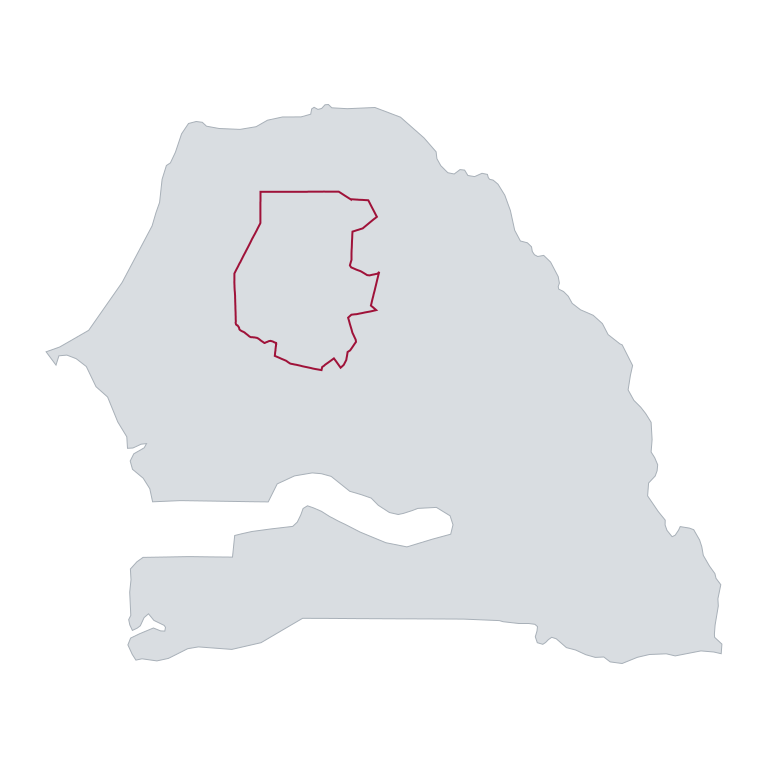 Linguere, Louga, Senegal shown in context
{"feature_id": "50182788B14678638932037", "entity_name": "Linguere", "entity_type": "district", "adm_level": 2, "iso_a3": "SEN", "parent_name": "Senegal", "parent_adm1": "Louga", "projection": "natural_earth1", "projection_center": [-15.296, 15.307], "detail": "fine", "context": "in_parent", "style": "outline", "palette": "rose", "viewbox_px": 768, "rotation_deg": 0, "n_neighbors": 0, "source": "geoboundaries", "source_scale": "gbopen_adm2", "svg_char_len": 8436}
<svg xmlns="http://www.w3.org/2000/svg" viewBox="0 0 768 768"><path d="M622.2,344.9L632.6,365.5L630.4,375.4L628.1,389.9L633.9,400.4L640.8,407.3L645.7,413.6L651.1,422.3L652.1,439.6L651.1,452.0L654.7,457.7L657.7,464.8L657.1,470.8L655.2,476.0L648.6,483.0L647.6,495.9L658.3,511.6L665.2,520.1L665.1,525.0L667.0,530.4L672.1,536.7L675.2,535.2L678.6,530.1L680.2,526.6L689.4,528.1L693.7,529.7L699.6,540.0L701.8,546.8L703.3,555.4L709.5,566.1L714.9,573.6L716.0,578.3L720.8,584.7L717.9,598.8L718.3,606.0L715.1,625.0L714.4,634.0L714.6,637.3L721.9,644.1L721.2,653.7L713.8,652.0L700.9,650.9L675.2,655.9L666.3,653.8L649.4,654.5L637.4,657.3L622.1,663.5L610.2,661.9L603.8,657.0L595.3,657.4L585.8,654.7L575.6,650.0L566.4,647.6L556.3,638.8L551.7,637.3L548.4,639.6L545.6,642.5L542.8,644.3L537.3,642.7L535.3,636.8L537.0,631.0L537.5,626.6L534.9,624.3L528.8,623.5L518.9,623.5L503.1,621.7L499.4,620.6L463.8,619.1L427.0,618.9L395.7,618.8L356.2,618.6L328.5,618.4L302.6,618.3L282.6,630.0L261.0,642.7L231.8,649.4L198.4,646.9L187.7,648.7L176.6,654.3L168.4,658.4L156.9,660.9L142.0,658.8L135.9,660.1L132.2,654.3L127.9,644.9L130.6,638.1L139.7,633.7L153.4,628.0L160.6,630.9L164.8,631.1L165.5,627.4L164.2,625.4L153.9,620.4L148.5,613.8L144.1,617.6L140.3,625.8L137.1,628.2L132.4,630.4L129.8,624.9L128.7,619.6L130.8,615.4L129.7,592.2L131.0,579.8L130.4,569.0L136.9,561.8L143.0,557.4L166.9,557.0L189.2,556.6L210.6,556.9L232.5,557.1L234.7,535.5L241.6,533.8L251.9,531.5L271.2,528.9L292.7,526.4L297.3,522.1L300.8,514.9L303.1,508.5L307.5,505.8L313.5,507.9L321.4,511.3L329.6,516.5L338.9,521.4L345.2,524.4L360.2,532.1L385.8,542.7L406.9,546.9L432.3,539.2L450.7,534.2L453.0,524.8L450.1,515.8L436.4,507.4L417.8,508.4L412.1,510.6L403.4,513.4L398.2,514.5L389.4,512.5L378.3,505.3L371.2,498.1L361.4,494.7L349.8,491.3L331.2,476.4L321.4,473.7L312.2,472.9L294.5,475.9L277.2,483.9L268.2,501.9L250.9,501.7L214.1,501.1L180.4,500.6L152.6,501.8L149.8,488.7L143.2,478.2L132.5,469.3L130.2,461.0L133.8,453.8L144.2,447.8L146.5,443.6L141.1,444.2L132.9,448.0L127.5,448.3L126.8,436.8L117.8,422.0L107.6,397.0L96.0,386.7L86.3,366.5L76.2,358.7L66.9,355.1L58.9,355.8L56.0,365.1L46.1,351.8L59.7,347.0L88.7,330.3L122.1,282.5L152.1,225.9L156.0,212.6L159.6,202.4L162.1,179.3L166.4,165.5L170.4,162.9L175.4,152.3L181.6,133.8L188.5,123.5L196.2,121.5L202.3,122.3L206.5,126.2L219.1,128.5L240.0,129.4L256.1,126.7L267.5,120.2L282.4,117.0L301.0,116.9L310.7,114.2L311.7,108.9L314.1,107.3L317.9,109.4L321.6,108.5L325.0,104.8L328.4,104.5L331.8,107.8L347.3,108.7L374.9,107.5L400.5,117.2L424.0,137.9L436.1,151.8L436.9,158.7L440.8,165.7L447.8,172.7L454.2,174.0L460.0,169.6L464.6,170.1L467.9,175.5L474.6,176.6L482.0,173.3L487.4,174.4L488.3,177.6L489.6,179.3L493.1,180.1L498.0,184.2L504.8,195.2L510.4,210.6L514.7,230.3L520.4,241.0L527.4,242.8L531.5,246.8L532.3,251.5L534.4,254.7L537.7,256.5L543.7,255.4L550.6,262.1L558.2,276.6L559.4,283.1L558.2,286.6L558.7,289.1L563.6,291.6L568.3,296.3L572.2,303.4L580.5,309.8L593.2,315.3L602.4,323.6L608.1,334.6L619.8,343.8L622.2,344.9Z" fill="#d9dde1" stroke="#a8b0b8" stroke-width="1"/><path d="M260.5,201.2L260.4,202.2L260.4,203.9L260.4,205.7L260.4,209.3L260.4,212.7L260.4,216.2L260.4,219.7L260.4,222.0L260.4,222.4L260.4,222.7L260.4,222.8L260.3,223.3L259.1,225.6L258.5,226.8L258.3,227.1L258.2,227.4L257.6,228.5L256.7,230.4L256.2,231.3L254.8,234.0L253.5,236.3L253.2,236.9L252.9,237.6L252.5,238.1L252.0,239.1L251.0,241.2L249.2,244.8L247.4,248.3L245.6,251.7L245.6,251.8L243.6,255.5L241.8,259.1L240.8,261.1L240.6,261.5L240.4,262.0L239.9,262.7L239.9,262.8L239.2,264.0L238.1,266.3L236.2,269.9L234.4,273.5L234.4,275.1L234.4,276.7L234.4,278.3L234.4,278.6L234.4,281.1L234.3,282.2L234.4,282.5L234.4,283.5L234.4,284.0L234.5,285.4L234.5,286.9L234.6,288.7L234.6,288.8L234.6,289.0L234.7,290.5L234.9,292.6L235.0,294.7L235.1,295.9L235.1,298.0L235.2,299.9L235.2,301.4L235.3,303.7L235.3,304.9L235.4,305.8L235.4,308.2L235.5,310.6L235.6,313.0L235.6,314.9L235.7,316.8L235.7,318.1L235.7,319.4L235.8,320.6L235.8,321.9L235.6,322.6L235.8,323.6L236.0,324.3L236.2,324.5L236.4,324.9L236.9,325.2L237.3,325.3L237.4,325.5L237.7,325.6L237.9,325.9L238.1,326.2L238.3,326.5L238.5,326.8L238.7,327.0L238.8,327.3L239.0,327.6L239.1,327.9L239.2,328.2L239.2,328.6L239.3,328.9L239.4,329.3L239.6,329.6L239.8,329.8L240.2,330.1L240.6,330.4L240.9,330.6L241.2,330.8L241.6,331.0L242.0,331.2L242.5,331.5L243.4,331.8L243.9,332.1L244.5,332.5L244.9,332.7L245.4,333.3L245.8,333.5L246.6,334.2L247.2,334.6L247.8,335.1L248.6,335.8L249.2,336.3L250.0,336.8L250.3,336.9L250.7,337.1L250.9,337.1L251.1,337.2L251.3,337.2L251.5,337.2L252.0,337.2L252.6,337.2L252.9,337.2L253.2,337.3L253.4,337.4L253.7,337.4L254.0,337.4L254.3,337.4L254.6,337.4L254.8,337.4L255.2,337.6L255.4,337.6L255.8,337.7L256.1,337.7L256.6,337.8L256.8,337.9L257.1,337.9L257.3,338.1L257.5,338.2L257.9,338.4L258.1,338.4L258.3,338.6L258.6,338.8L258.9,339.0L259.2,339.2L259.7,339.6L259.9,339.8L260.2,340.0L260.5,340.3L261.1,340.7L261.5,341.0L261.8,341.2L262.2,341.5L262.6,341.7L263.0,342.0L263.4,342.3L263.7,342.5L264.2,342.8L264.4,343.0L264.7,343.0L264.9,342.9L265.1,342.8L265.3,342.7L265.7,342.5L266.1,342.3L266.5,342.1L266.9,342.0L267.2,341.9L267.5,341.8L267.7,341.7L268.0,341.5L268.3,341.4L268.5,341.3L268.8,341.2L269.0,341.1L269.4,341.0L269.7,341.0L270.0,341.0L270.2,340.9L270.4,340.9L270.6,340.9L270.8,341.0L271.1,341.0L271.5,341.1L271.8,341.2L272.1,341.3L272.3,341.4L272.5,341.4L272.7,341.5L273.0,341.6L273.3,341.7L273.6,341.9L273.9,342.1L274.3,342.3L274.7,342.4L275.2,342.7L275.4,342.8L275.7,342.8L276.1,342.9L276.2,343.1L276.2,343.4L276.2,343.8L276.1,344.0L276.2,344.4L276.0,344.7L276.0,345.0L276.0,345.4L276.0,346.0L275.8,346.5L275.8,346.9L275.7,347.5L275.7,348.1L275.6,348.5L275.5,349.0L275.5,349.6L275.5,350.3L275.4,350.8L275.3,351.4L275.2,352.1L275.1,352.8L275.1,353.1L274.8,355.9L277.2,356.9L279.5,357.9L281.7,358.9L283.9,359.8L286.2,360.8L288.1,362.2L290.1,363.5L291.1,363.8L292.8,364.1L294.6,364.5L296.4,364.8L298.1,365.2L299.5,365.5L300.8,365.8L302.2,366.2L303.6,366.5L305.0,366.8L306.5,367.1L308.9,367.6L310.8,368.0L312.7,368.5L314.7,368.9L315.7,369.1L316.4,369.2L318.1,369.5L319.8,369.8L321.5,370.1L322.2,367.0L324.1,365.7L325.0,364.8L328.0,362.7L330.9,360.6L333.9,358.4L336.2,361.5L338.4,364.6L340.6,367.7L342.1,366.4L343.8,364.8L344.6,363.2L345.5,361.5L346.3,359.9L346.6,357.9L347.0,355.9L347.3,354.0L347.6,352.0L350.1,350.4L351.6,348.3L353.1,346.1L354.5,344.0L356.0,341.9L355.7,339.7L354.6,337.4L353.5,335.0L352.4,332.7L351.6,329.7L350.7,326.7L349.8,323.7L349.0,320.7L348.1,317.7L348.4,317.4L351.4,314.7L353.1,314.5L354.8,314.3L356.5,314.2L359.3,313.6L362.0,313.1L364.7,312.5L367.4,312.0L370.2,311.5L372.9,310.9L374.0,310.6L375.1,310.4L376.2,310.1L373.7,307.9L370.9,305.6L371.5,303.2L371.8,301.8L372.7,298.1L373.2,296.3L373.6,294.4L374.6,290.7L375.5,286.9L375.7,286.1L375.9,285.3L376.4,283.2L377.3,279.4L378.2,275.8L378.5,274.4L378.9,273.1L379.2,271.9L377.6,273.7L375.9,274.0L374.2,274.4L372.5,274.7L369.6,275.4L367.1,275.1L364.2,273.3L361.7,271.8L360.4,271.1L359.0,270.6L357.6,270.1L356.3,269.6L353.1,268.2L351.2,267.4L349.9,265.4L350.0,264.9L350.4,263.6L350.9,261.8L351.5,259.9L351.5,257.8L351.5,255.6L351.5,253.4L351.6,250.3L351.8,247.2L351.9,244.1L352.0,241.0L352.2,237.9L352.3,234.7L352.5,231.6L354.5,231.0L356.6,230.3L358.6,229.7L360.7,229.0L362.7,228.4L365.1,226.4L367.4,224.5L369.8,222.5L372.1,220.6L373.7,219.3L375.3,218.1L376.9,216.8L375.9,215.0L374.0,211.3L372.1,207.7L370.2,204.0L369.3,202.2L368.3,200.3L367.4,200.2L365.4,200.1L363.8,200.0L363.7,200.0L362.5,199.9L359.6,199.8L357.8,199.7L357.4,199.6L356.6,199.6L353.7,199.4L350.8,199.2L350.8,199.4L349.9,198.8L349.2,198.4L347.8,197.5L344.8,195.6L341.9,193.7L338.8,191.7L337.5,191.7L337.1,191.7L335.9,191.7L332.9,191.7L329.9,191.7L327.0,191.7L325.8,191.7L324.6,191.6L323.4,191.6L322.3,191.7L320.6,191.7L319.0,191.7L317.3,191.7L315.6,191.7L314.0,191.7L312.3,191.7L311.3,191.7L310.6,191.7L309.8,191.7L308.9,191.7L308.0,191.7L307.9,191.7L307.2,191.8L306.0,191.8L305.9,191.8L305.6,191.8L303.9,191.8L302.2,191.8L300.6,191.8L298.9,191.8L297.2,191.8L295.5,191.8L293.9,191.8L292.2,191.8L290.5,191.8L288.8,191.8L287.2,191.8L285.5,191.8L283.8,191.8L282.1,191.8L280.5,191.8L278.8,191.8L277.1,191.8L276.0,191.8L275.8,191.8L273.8,191.8L272.1,191.8L270.4,191.8L268.8,191.8L267.1,191.8L265.4,191.8L263.7,191.8L262.1,191.8L260.5,191.8L260.5,193.4L260.5,194.4L260.5,195.0L260.5,195.5L260.5,196.1L260.5,196.7L260.5,197.3L260.5,198.5L260.5,199.4L260.5,200.3L260.5,201.2Z" fill="none" stroke="#9f1239" stroke-width="2"/></svg>